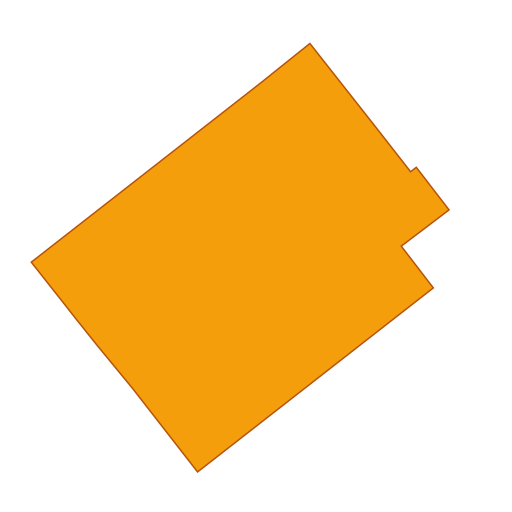 outline of Chippewa, Wisconsin, United States of America, rotated 142°
{"feature_id": "52423323B31580722311005", "entity_name": "Chippewa", "entity_type": "district", "adm_level": 2, "iso_a3": "USA", "parent_name": "United States of America", "parent_adm1": "Wisconsin", "projection": "natural_earth1", "projection_center": [-91.404, 45.074], "detail": "fine", "context": "isolated", "style": "filled", "palette": "amber", "viewbox_px": 512, "rotation_deg": 142, "n_neighbors": 0, "source": "geoboundaries", "source_scale": "gbopen_adm2", "svg_char_len": 442}
<svg xmlns="http://www.w3.org/2000/svg" viewBox="0 0 512 512"><g transform="rotate(142 256 256)"><path d="M135.9,121.7L135.5,172.2L135.4,174.4L129.1,174.2L127.8,174.2L127.0,174.2L75.5,173.5L75.1,227.2L82.3,227.2L82.3,283.2L82.7,390.3L132.0,389.7L133.0,389.6L137.1,389.6L148.8,389.5L173.1,389.5L436.9,389.5L436.6,335.8L436.6,318.0L436.2,282.4L434.8,227.6L435.0,121.8L135.9,121.7Z" fill="#f59e0b" stroke="#b45309" stroke-width="1.5"/></g></svg>